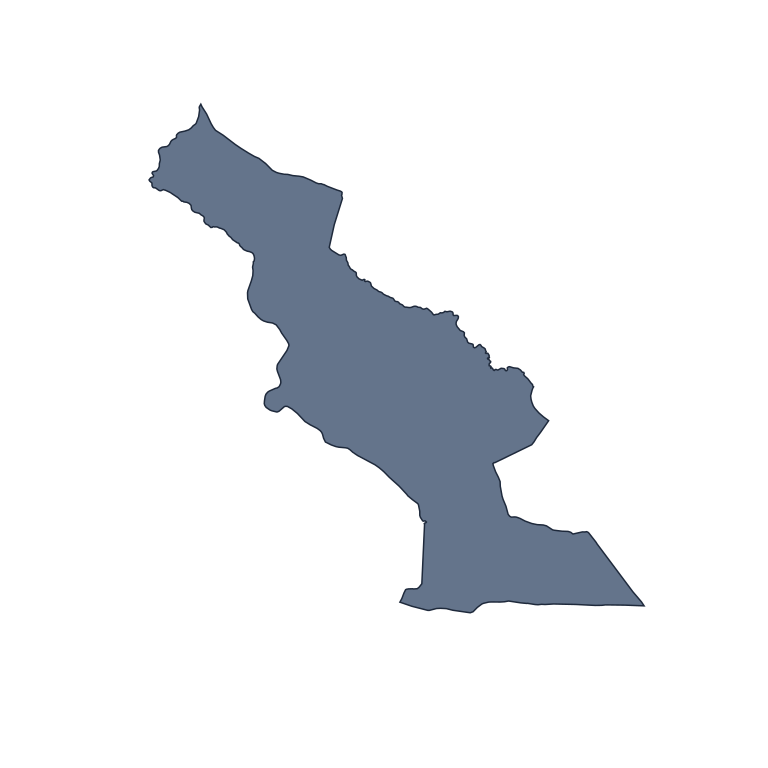 Inharrime, Inhambane, Mozambique, rotated 53°
{"feature_id": "85939544B69817996790019", "entity_name": "Inharrime", "entity_type": "district", "adm_level": 2, "iso_a3": "MOZ", "parent_name": "Mozambique", "parent_adm1": "Inhambane", "projection": "albers", "projection_center": [34.702, -24.408], "detail": "fine", "context": "isolated", "style": "filled", "palette": "slate", "viewbox_px": 768, "rotation_deg": 53, "n_neighbors": 0, "source": "geoboundaries", "source_scale": "gbopen_adm2", "svg_char_len": 6107}
<svg xmlns="http://www.w3.org/2000/svg" viewBox="0 0 768 768"><g transform="rotate(53 384 384)"><path d="M476.3,266.2L475.1,266.4L473.7,265.7L471.8,266.0L466.5,266.0L462.0,266.9L460.6,266.8L459.8,265.6L458.8,265.4L457.9,266.4L454.9,266.6L452.1,267.6L449.1,270.8L445.7,273.3L445.2,274.4L445.2,275.7L446.9,276.8L447.2,277.9L446.9,278.6L445.9,278.9L444.9,278.6L443.9,278.9L441.9,281.0L441.5,284.2L441.2,284.9L439.7,285.8L439.3,286.7L439.6,287.2L439.5,287.9L438.5,288.2L436.8,287.9L436.1,288.2L435.5,289.2L435.1,289.0L435.1,288.4L434.4,288.0L433.6,288.2L432.8,289.0L432.0,288.6L431.0,287.5L431.0,286.3L430.6,285.5L430.0,285.2L429.0,285.6L427.4,285.4L426.8,286.0L426.1,286.1L425.7,285.7L425.8,285.1L426.4,284.5L426.2,283.8L425.0,283.4L424.4,282.8L422.0,282.6L421.3,283.3L421.1,284.1L420.3,284.3L419.5,282.8L418.5,282.8L417.0,282.1L415.7,282.3L412.9,283.5L411.2,283.3L410.2,283.6L409.8,284.7L410.0,288.6L409.6,289.9L408.5,290.4L406.0,289.1L405.1,289.5L402.4,291.7L400.9,292.0L397.6,290.8L395.2,291.2L393.6,290.8L391.5,289.0L390.1,289.1L387.1,290.9L382.2,291.1L380.5,290.7L379.4,290.3L378.2,289.2L377.5,288.3L376.8,286.3L376.0,284.9L374.9,284.0L373.6,284.0L372.8,284.8L371.3,287.1L370.4,287.2L368.9,286.2L368.0,286.0L367.2,286.2L365.6,287.4L364.2,290.3L362.6,291.6L362.7,293.4L362.4,294.3L361.9,295.2L361.0,296.1L360.9,298.7L359.7,300.5L359.0,302.4L358.4,302.8L355.2,302.8L350.8,303.7L349.2,304.3L348.3,307.1L347.0,308.2L344.8,308.8L343.1,310.7L341.8,311.2L340.6,312.3L339.9,313.5L339.1,316.4L338.1,317.9L336.1,319.9L335.4,320.8L334.4,321.4L331.9,321.7L329.4,323.1L327.4,323.2L326.4,323.6L325.3,324.8L324.2,325.4L322.1,325.2L320.8,325.3L318.3,327.1L316.6,327.7L315.0,328.9L311.9,330.4L310.1,330.6L308.9,331.1L306.8,332.6L304.8,333.0L301.7,334.5L298.3,335.1L295.2,333.9L294.3,334.0L292.2,335.0L291.7,335.6L290.9,337.3L290.1,337.5L289.1,336.5L288.6,336.8L288.2,337.6L288.0,339.0L284.9,340.7L282.0,341.1L280.6,340.7L278.6,339.3L277.6,339.3L275.6,340.2L273.7,340.6L272.9,341.1L271.5,341.4L268.9,341.0L267.7,341.1L265.4,339.9L262.5,339.5L260.1,337.9L259.1,337.8L257.6,337.2L256.8,337.2L256.0,338.1L255.3,341.0L253.8,342.3L245.8,345.4L243.9,345.7L241.9,345.5L226.8,327.8L210.8,305.5L207.7,304.3L207.3,303.5L205.8,302.2L205.0,302.2L203.6,302.8L200.8,304.8L192.0,310.3L188.5,312.0L188.3,312.4L186.3,313.6L184.6,315.8L182.5,317.2L177.1,319.8L170.0,323.9L166.9,326.8L162.7,331.4L158.7,334.7L156.4,337.5L152.5,341.0L150.3,342.6L146.1,344.6L137.0,345.8L128.5,348.1L124.4,350.5L117.6,353.4L109.5,356.5L103.0,358.7L88.6,362.7L80.0,365.9L76.4,365.9L72.1,365.4L61.7,363.2L53.0,362.5L50.3,361.9L51.4,364.5L52.0,365.2L54.2,366.4L58.9,371.1L62.8,377.2L63.0,378.4L62.9,380.9L63.5,383.8L63.5,386.9L62.2,390.8L60.0,395.5L59.8,397.5L60.2,399.6L60.7,400.3L62.1,401.2L62.4,402.6L61.8,405.3L61.7,406.9L62.0,408.2L63.5,411.1L63.8,413.0L63.7,414.4L61.3,418.7L61.0,420.9L61.2,422.0L61.7,423.5L63.2,424.6L66.1,425.5L70.5,427.9L72.8,430.8L75.0,432.5L76.1,434.3L76.9,436.8L76.8,437.8L75.4,440.7L75.5,441.7L76.1,442.4L78.9,442.6L79.5,443.4L79.7,444.1L79.0,445.6L79.0,446.7L79.6,448.8L80.9,449.0L83.6,448.4L84.7,448.9L85.3,449.5L86.2,450.0L87.7,450.2L88.7,449.8L89.8,448.5L93.9,447.2L94.7,446.7L95.4,445.8L95.9,443.3L97.8,441.9L102.1,439.6L111.2,436.4L116.2,435.6L117.2,434.5L118.1,434.3L120.3,432.1L122.5,430.9L125.2,430.6L127.8,432.1L129.1,432.6L130.8,432.5L133.0,431.7L136.5,428.8L138.9,428.3L140.6,427.5L142.1,427.3L143.2,427.5L144.8,429.2L145.9,429.9L148.8,430.0L151.3,428.7L154.8,428.1L155.5,427.0L155.5,425.8L156.7,424.7L157.5,423.4L158.5,422.5L160.4,421.6L161.6,420.6L164.7,418.8L168.2,418.5L169.6,418.9L172.8,418.7L174.5,418.1L177.7,418.0L183.0,416.2L183.9,415.4L185.3,415.3L186.4,415.8L187.8,415.8L189.2,415.4L191.4,415.3L192.6,415.0L195.6,413.3L197.4,411.7L199.4,410.5L200.9,410.1L203.1,410.5L205.6,411.7L207.5,413.5L207.7,414.8L209.3,416.0L211.5,418.6L214.6,420.3L218.4,423.5L221.8,427.9L227.5,436.5L229.0,438.1L234.0,441.6L244.7,444.9L247.3,445.2L249.8,444.6L254.6,444.2L258.7,443.3L261.2,442.2L264.5,439.9L268.2,436.3L271.9,434.5L277.8,434.5L281.7,435.1L290.7,435.4L294.3,435.9L295.7,436.5L296.3,437.1L298.8,441.3L303.9,456.1L304.3,457.2L305.2,458.4L307.5,460.5L309.8,461.5L318.3,464.0L320.5,465.3L321.6,466.5L323.0,469.3L322.9,471.6L322.1,473.4L320.6,479.9L320.5,481.8L321.1,484.4L322.3,486.3L325.6,489.7L327.7,491.5L329.4,492.1L331.8,492.2L336.3,490.7L337.9,489.7L341.7,486.6L342.2,485.8L342.6,484.1L342.1,477.1L342.6,476.0L343.8,474.6L348.4,472.6L355.4,470.9L366.4,469.7L372.2,467.5L379.2,464.1L382.9,463.0L385.0,462.9L387.0,463.3L391.0,464.9L395.1,465.7L400.9,462.8L405.0,460.1L407.3,458.1L411.8,453.1L413.5,451.6L416.1,450.7L419.8,450.0L425.3,448.1L443.1,439.8L448.1,438.2L454.0,436.9L461.8,435.9L474.6,433.4L486.1,432.2L487.4,432.3L493.5,430.9L499.9,429.0L501.2,429.2L507.1,432.0L510.5,434.5L512.5,435.2L516.6,435.5L517.4,434.9L517.7,434.0L518.3,433.4L519.8,433.2L520.0,433.8L519.6,435.3L519.8,436.0L520.4,436.0L566.3,474.0L567.4,478.2L567.5,480.6L565.4,483.9L564.9,484.2L562.4,487.7L561.4,489.7L561.3,490.6L562.9,493.8L566.1,498.9L567.8,502.6L578.3,495.5L591.1,485.3L592.1,484.0L594.9,477.2L597.2,473.8L600.9,469.4L606.1,465.2L618.6,452.8L619.5,449.9L618.6,444.0L618.6,438.3L619.0,436.6L621.2,431.6L623.0,429.0L628.0,422.5L630.5,418.7L632.3,415.1L641.2,406.4L645.2,402.0L645.4,401.5L651.1,396.0L653.0,393.8L654.8,390.7L657.0,388.1L661.7,381.0L675.4,363.6L688.0,348.5L691.8,343.3L693.8,339.9L705.8,324.4L717.7,309.8L712.9,309.5L699.7,310.3L640.1,310.1L638.1,309.9L626.3,310.1L625.2,310.3L623.9,311.0L623.1,312.6L621.5,314.6L617.6,323.2L617.2,323.5L614.8,324.1L612.5,325.7L608.7,330.4L603.0,336.3L601.8,337.2L595.1,339.6L592.4,341.7L588.5,346.3L584.4,349.9L578.4,353.8L573.3,356.2L570.8,357.8L569.6,358.7L568.4,360.2L567.0,362.4L565.3,363.2L562.8,363.3L555.1,360.2L547.7,358.3L544.4,357.1L535.7,352.7L531.8,350.0L527.4,348.8L521.3,347.7L515.0,345.8L513.1,344.9L513.0,343.4L513.5,343.0L521.4,302.6L520.5,299.1L518.6,294.3L516.9,288.3L512.4,274.6L506.0,276.5L500.3,277.7L494.3,278.2L491.4,278.0L487.5,276.9L484.6,275.7L481.7,274.0L478.1,269.5L476.9,267.7L476.3,266.2Z" fill="#64748b" stroke="#1e293b" stroke-width="1.5"/></g></svg>